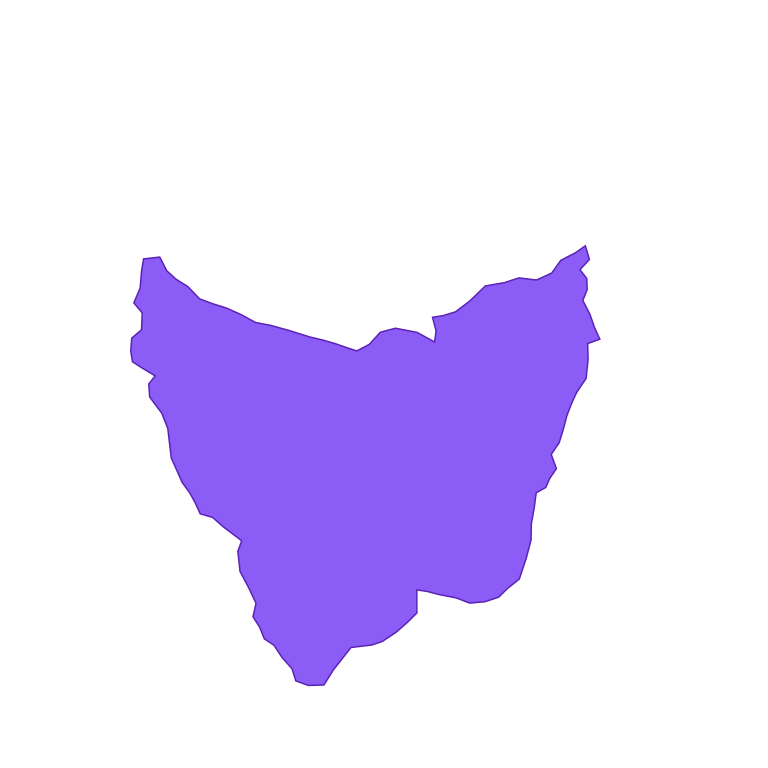 the district of Monções, São Paulo, Brazil, rotated 145°
{"feature_id": "56859067B71559217874088", "entity_name": "Monções", "entity_type": "district", "adm_level": 2, "iso_a3": "BRA", "parent_name": "Brazil", "parent_adm1": "São Paulo", "projection": "albers", "projection_center": [-50.083, -20.875], "detail": "fine", "context": "isolated", "style": "filled", "palette": "violet", "viewbox_px": 768, "rotation_deg": 145, "n_neighbors": 0, "source": "geoboundaries", "source_scale": "gbopen_adm2", "svg_char_len": 1539}
<svg xmlns="http://www.w3.org/2000/svg" viewBox="0 0 768 768"><g transform="rotate(145 384 384)"><path d="M139.8,381.7L151.9,381.7L168.3,383.9L183.0,378.7L199.4,381.7L212.6,393.5L227.3,398.0L244.7,406.2L266.2,402.8L284.1,402.1L296.6,406.2L306.0,410.8L310.9,397.6L318.5,389.4L327.3,407.3L342.6,423.1L357.3,428.5L373.2,424.9L387.3,426.7L394.3,436.0L400.5,444.7L409.0,455.2L417.9,465.2L430.5,481.6L443.0,496.8L453.9,508.0L461.5,523.3L469.6,536.7L478.5,548.3L486.2,559.5L488.8,576.3L494.3,589.3L497.0,601.4L494.9,616.6L509.2,624.4L517.9,615.5L528.7,602.5L542.4,593.9L541.3,580.9L551.5,567.5L564.3,566.3L572.4,556.5L577.3,546.5L572.8,535.4L566.8,521.9L576.6,519.0L583.4,507.8L582.8,487.5L586.6,471.6L594.1,457.7L600.7,445.4L603.5,430.8L605.8,419.2L605.6,405.8L606.9,394.4L609.0,383.0L600.9,373.0L597.5,358.9L590.5,337.2L599.7,330.8L609.5,312.9L611.8,294.0L614.6,277.8L624.8,268.5L625.4,255.9L628.2,243.9L624.0,233.2L624.4,218.6L622.7,203.5L626.5,191.3L618.9,180.5L605.9,171.9L589.3,178.9L562.2,187.1L543.5,177.1L533.1,174.1L516.3,173.7L500.3,175.5L488.4,177.6L475.2,196.5L467.7,189.4L459.8,180.1L447.5,167.3L439.6,155.5L426.6,147.9L412.4,143.6L399.8,145.7L385.1,146.6L367.5,159.6L353.0,171.9L343.6,184.8L331.5,196.9L321.7,207.6L310.8,206.5L302.1,211.7L291.3,215.8L287.4,230.4L274.2,235.4L263.4,243.8L252.3,253.2L240.4,261.2L231.0,266.6L215.3,272.6L202.7,287.1L194.0,300.3L181.5,296.9L179.1,309.7L175.3,323.1L173.2,338.4L163.4,344.8L157.4,354.1L157.9,365.3L144.3,368.2L139.8,381.7Z" fill="#8b5cf6" stroke="#5b21b6" stroke-width="1.5"/></g></svg>